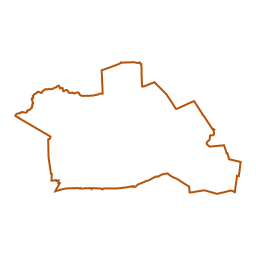 Woerden, Utrecht, Netherlands
{"feature_id": "6326949B31284337672532", "entity_name": "Woerden", "entity_type": "district", "adm_level": 2, "iso_a3": "NLD", "parent_name": "Netherlands", "parent_adm1": "Utrecht", "projection": "natural_earth1", "projection_center": [4.901, 52.114], "detail": "fine", "context": "isolated", "style": "outline", "palette": "amber", "viewbox_px": 256, "rotation_deg": 0, "n_neighbors": 0, "source": "geoboundaries", "source_scale": "gbopen_adm2", "svg_char_len": 5102}
<svg xmlns="http://www.w3.org/2000/svg" viewBox="0 0 256 256"><path d="M234.8,192.2L235.5,186.9L236.8,178.0L237.1,175.7L238.8,176.2L239.8,168.8L240.6,161.9L229.2,159.3L229.2,159.2L228.9,159.0L228.8,158.8L228.8,158.2L228.6,157.3L228.6,157.2L228.1,155.5L227.9,154.9L227.4,153.3L226.7,153.4L226.2,151.8L226.2,151.7L224.0,145.3L209.6,146.6L207.9,145.2L207.1,144.4L206.8,144.0L206.7,143.7L206.7,143.4L206.7,143.0L206.8,142.7L206.9,142.4L207.0,142.2L207.8,141.2L209.1,140.2L209.3,139.9L209.4,139.7L209.7,139.1L209.9,137.8L209.9,136.3L210.0,135.9L210.0,135.7L210.3,135.4L210.5,135.3L211.1,135.3L212.4,135.3L212.8,135.3L213.2,135.2L213.4,135.0L213.6,134.8L213.8,134.5L214.0,133.9L214.0,133.0L213.9,132.1L213.7,131.0L213.7,130.7L213.8,130.5L213.9,130.3L214.4,129.8L214.4,129.7L212.5,128.5L212.3,128.9L212.1,128.6L211.6,127.9L207.3,121.2L204.2,116.6L203.7,115.9L203.2,115.4L203.0,115.0L202.6,114.8L202.7,114.6L202.6,114.4L194.1,101.1L192.7,101.6L178.0,108.3L176.7,108.8L176.1,109.0L175.9,108.8L175.2,107.8L171.5,102.0L169.5,99.0L166.2,94.0L159.9,87.7L159.3,87.1L156.4,84.2L154.5,82.2L149.3,84.3L146.6,85.3L146.2,85.6L145.6,85.8L144.2,86.3L143.7,86.5L143.4,86.3L142.5,86.6L142.0,86.3L142.0,85.7L142.0,84.5L141.9,83.8L141.8,79.5L141.6,76.0L141.5,66.8L141.4,65.7L141.4,64.8L141.3,64.5L141.3,64.1L140.7,64.1L139.7,62.4L138.5,62.9L137.8,63.0L137.1,62.9L134.9,62.4L134.2,62.3L133.4,62.2L122.9,62.6L121.3,62.5L121.4,62.8L120.6,63.1L120.3,63.3L119.3,63.8L116.4,65.0L112.1,66.6L101.7,70.3L101.7,71.8L101.7,72.6L101.8,73.9L101.9,74.2L102.0,76.6L102.1,77.8L102.1,81.9L102.2,83.2L102.3,84.1L102.5,89.0L102.6,93.7L101.1,93.7L100.3,93.6L99.2,93.7L98.2,94.5L95.9,94.9L94.6,95.2L93.5,95.5L92.4,95.6L87.9,95.8L86.5,95.8L85.8,95.8L82.2,95.9L81.8,95.8L81.5,95.6L80.7,95.4L80.1,94.9L79.9,94.8L79.5,94.5L79.4,94.4L79.1,93.5L78.9,92.9L78.5,92.7L78.2,92.5L77.6,92.5L76.2,92.7L76.0,92.8L75.4,93.0L74.6,93.4L74.0,93.5L73.7,93.4L73.4,93.2L73.2,92.9L72.7,92.7L72.0,92.7L70.9,92.9L69.8,92.9L69.1,92.8L68.8,92.7L68.4,92.3L68.3,92.1L68.1,91.1L67.9,90.9L67.5,90.6L67.1,90.2L66.4,90.0L66.2,90.0L65.8,90.1L64.9,90.5L64.2,90.9L63.9,91.2L63.5,91.2L63.4,91.2L63.2,90.9L63.2,90.2L62.9,89.7L62.6,88.2L61.4,88.3L61.3,88.0L59.9,88.2L59.9,87.4L59.7,87.2L59.0,86.0L58.8,85.7L58.5,85.6L58.3,85.8L58.0,86.0L57.6,86.0L57.5,86.3L56.4,87.1L55.7,87.6L55.4,87.7L55.0,87.7L54.7,87.7L53.8,88.1L53.0,88.7L51.8,89.1L51.3,89.2L50.5,89.1L50.1,89.1L48.9,89.1L48.5,89.1L47.5,89.3L46.8,89.4L46.6,89.5L45.9,89.1L45.6,89.1L45.1,89.4L44.9,89.5L44.4,90.0L43.7,90.5L42.9,90.9L42.7,91.1L42.3,91.6L42.2,92.1L41.9,92.6L41.7,92.8L41.4,92.9L40.9,92.9L40.7,92.8L40.1,92.6L39.5,92.1L39.3,92.1L38.6,91.9L37.9,91.7L37.7,91.8L36.6,93.0L36.2,93.3L35.1,93.8L34.8,94.1L34.7,94.1L34.3,94.2L34.2,94.5L33.9,94.9L33.7,95.0L33.4,95.3L33.0,95.8L32.9,95.9L33.0,96.0L33.2,96.7L33.3,97.0L33.3,97.5L33.1,98.0L32.3,98.3L32.1,98.5L31.8,98.6L31.7,98.8L31.7,99.1L32.3,99.8L32.2,100.2L32.3,100.9L32.6,101.4L32.6,101.6L32.6,101.9L32.8,102.4L33.0,102.6L33.2,103.1L33.1,103.3L32.8,103.4L32.6,103.6L32.6,104.5L32.2,105.2L32.3,105.3L32.1,105.5L32.0,105.8L32.0,106.0L32.3,106.8L32.3,107.0L32.0,107.5L31.8,107.5L31.7,107.6L31.5,107.8L31.3,108.0L30.8,108.6L30.8,108.8L30.6,109.1L29.9,109.6L29.4,109.8L28.3,110.1L28.2,110.3L28.0,110.2L27.9,110.2L27.5,110.5L27.3,110.8L27.1,111.2L27.1,111.3L27.1,111.7L26.8,112.1L26.5,112.3L26.4,112.3L25.9,112.6L25.0,112.6L24.4,112.5L24.2,112.4L23.9,112.4L23.0,112.2L22.0,112.0L21.6,112.3L21.3,112.3L21.2,112.3L21.1,112.5L20.6,112.9L20.3,112.8L19.6,113.2L19.0,113.3L17.7,113.5L17.2,113.7L16.9,113.8L16.5,114.0L16.4,114.1L15.7,114.9L15.5,115.2L15.5,115.7L15.4,116.0L15.7,116.1L16.4,116.5L18.9,117.9L18.8,118.1L19.0,118.2L31.4,125.4L42.8,132.1L46.0,133.9L47.0,134.5L50.3,136.5L50.5,136.6L50.6,136.8L50.1,137.9L49.6,139.0L48.2,139.3L48.4,149.4L48.4,150.7L48.5,154.5L48.5,155.3L48.6,157.6L48.7,158.3L50.9,173.1L50.9,173.7L51.3,173.8L51.8,174.0L51.5,180.7L51.8,180.7L52.8,180.6L54.6,180.3L56.2,180.2L56.4,181.0L57.3,180.8L58.7,180.4L58.7,180.5L58.7,180.8L58.3,183.1L59.8,183.2L56.7,188.6L56.3,189.2L55.3,191.3L59.9,189.9L63.0,189.1L65.9,188.5L68.4,188.3L72.3,188.3L72.2,188.2L72.9,188.1L73.2,188.1L73.3,188.2L75.4,188.1L77.5,188.1L79.5,188.2L79.7,188.5L80.2,188.2L80.3,188.4L80.5,188.4L81.7,188.6L83.1,188.6L84.3,188.3L89.6,188.2L90.3,188.4L91.5,188.9L91.4,188.2L93.3,188.2L97.7,188.4L100.7,188.5L101.2,188.7L102.6,189.4L103.4,188.5L106.7,188.4L115.9,188.5L117.9,188.4L122.2,187.9L122.9,187.8L125.5,187.5L131.3,186.4L131.3,186.5L131.7,186.5L132.8,186.1L133.1,186.9L133.7,186.6L134.7,186.6L134.9,186.9L136.2,186.3L137.0,185.3L137.4,184.9L138.0,184.5L138.7,184.2L142.4,182.7L146.5,180.9L148.3,180.5L155.6,176.7L157.7,176.4L158.0,176.7L162.2,174.4L164.9,173.8L167.8,173.5L168.5,174.3L170.3,175.5L170.6,175.9L172.6,177.0L173.9,177.6L175.8,178.4L177.4,179.1L179.3,180.3L182.7,182.6L184.2,183.6L189.1,186.5L189.4,189.7L189.5,191.1L189.6,192.5L193.2,192.2L194.2,192.0L194.8,191.8L196.1,191.6L204.1,190.3L206.2,190.8L216.9,193.8L217.3,193.8L220.8,192.9L223.6,192.4L228.4,191.1L231.0,190.6L231.3,190.6L231.5,190.6L232.9,191.2L234.8,192.2Z" fill="none" stroke="#b45309" stroke-width="2"/></svg>